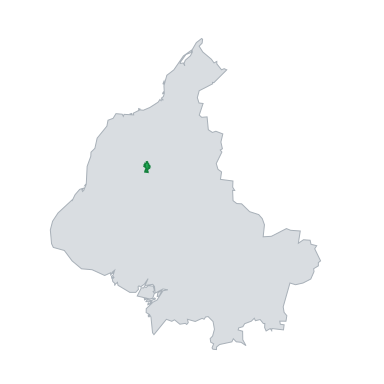 location of Cristalina, Goiás, Brazil, rotated 187°
{"feature_id": "56859067B10276858229585", "entity_name": "Cristalina", "entity_type": "district", "adm_level": 2, "iso_a3": "BRA", "parent_name": "Brazil", "parent_adm1": "Goiás", "projection": "robinson", "projection_center": [-47.497, -16.702], "detail": "fine", "context": "in_parent", "style": "filled", "palette": "green", "viewbox_px": 384, "rotation_deg": 187, "n_neighbors": 0, "source": "geoboundaries", "source_scale": "gbopen_adm2", "svg_char_len": 5830}
<svg xmlns="http://www.w3.org/2000/svg" viewBox="0 0 384 384"><g transform="rotate(187 192 192)"><path d="M105.1,70.1L108.8,73.7L113.4,72.0L114.8,74.3L117.4,71.0L123.7,67.7L125.1,64.5L129.1,62.8L129.4,60.7L124.8,60.0L123.6,51.5L119.7,46.1L125.0,48.8L129.8,48.7L133.1,51.4L134.2,48.1L146.0,44.0L148.7,41.2L148.5,38.6L152.1,38.5L153.1,39.7L152.0,44.0L155.1,45.2L156.1,48.7L154.0,51.5L153.0,58.5L155.3,66.0L160.8,70.3L163.3,69.6L164.5,67.2L166.6,67.8L173.0,63.9L181.0,65.1L179.8,61.9L181.1,59.9L182.7,60.8L187.9,59.3L193.8,63.0L196.3,61.2L201.9,62.5L212.4,45.8L214.0,47.5L217.5,62.9L219.3,65.3L222.8,66.7L223.2,70.6L217.2,78.0L213.6,80.4L208.7,90.5L204.0,92.0L209.0,92.2L216.3,87.1L217.7,93.6L219.7,95.6L227.3,93.4L225.0,100.7L228.0,94.8L231.5,91.5L233.2,92.4L234.0,91.4L233.3,88.8L235.6,85.5L241.5,84.8L254.1,90.4L255.0,93.3L256.7,91.3L259.7,93.5L260.5,95.9L259.0,97.6L259.6,98.4L261.2,96.8L261.6,98.4L260.1,100.0L259.2,105.0L261.2,102.9L262.6,99.2L262.9,101.9L268.5,98.5L281.7,102.7L292.3,102.3L302.6,109.0L311.6,118.4L322.9,120.1L325.1,123.6L328.0,137.1L326.8,146.0L322.4,154.9L310.0,169.6L310.0,168.4L307.7,175.1L303.8,180.9L302.0,181.8L300.7,179.2L299.6,180.5L297.9,186.8L299.2,204.7L296.8,215.1L297.1,219.2L293.7,223.5L292.7,233.9L284.5,247.0L284.1,253.0L279.3,255.5L277.0,260.5L270.8,260.7L269.4,258.7L268.9,260.8L259.3,261.4L259.8,263.1L253.7,267.2L250.3,267.2L244.2,270.7L236.6,277.0L235.1,279.9L233.8,278.8L233.3,280.2L231.6,279.6L233.8,281.4L232.0,283.3L231.5,286.7L232.8,294.0L231.2,304.8L224.9,311.0L217.1,326.0L209.8,332.7L209.6,330.5L214.8,327.7L219.3,319.5L219.4,318.1L216.4,319.0L214.5,316.3L215.5,318.9L214.7,322.0L210.2,327.0L208.7,330.9L209.2,333.1L205.9,340.8L201.2,345.5L200.1,344.9L200.1,341.0L202.7,337.6L198.4,332.3L188.9,326.1L185.9,322.8L183.3,324.6L183.0,322.2L177.6,316.9L175.1,318.3L172.4,317.5L183.6,303.2L185.0,303.3L184.7,301.9L197.2,293.4L198.2,286.3L195.9,281.2L191.8,281.2L194.2,269.2L191.5,267.3L186.2,268.4L183.4,255.8L179.0,253.6L175.7,255.2L168.5,253.4L169.4,245.1L167.1,238.6L169.1,237.1L167.2,235.3L171.4,223.2L169.0,217.7L165.1,215.5L165.3,208.0L152.7,207.9L152.2,201.7L149.8,198.7L151.9,198.6L150.2,188.4L146.2,186.0L141.3,186.3L132.4,179.5L123.0,177.7L119.0,174.1L116.1,168.3L115.9,156.2L107.8,157.7L93.8,167.2L89.5,166.0L79.8,166.5L80.2,154.1L75.5,158.2L68.9,158.5L67.5,154.6L61.7,153.9L63.3,150.6L56.0,139.3L58.0,137.3L57.6,134.1L61.9,130.7L61.2,127.8L63.5,120.1L70.7,115.2L77.9,112.6L83.7,113.6L87.5,89.1L85.9,83.7L82.8,80.8L83.0,75.2L89.2,74.5L88.2,71.5L84.4,71.4L84.4,66.3L96.1,66.2L96.0,64.1L97.7,66.0L101.5,63.1L103.4,66.3L103.7,70.4L105.1,70.1ZM220.8,80.7L233.7,82.1L230.6,90.7L228.3,90.9L227.8,92.3L225.9,91.6L223.9,93.8L219.0,93.8L217.2,89.5L218.5,88.4L217.0,86.9L218.0,81.9L220.8,80.7ZM209.8,91.0L211.7,84.9L213.8,84.0L213.6,87.8L209.8,91.0ZM224.3,77.6L223.1,79.9L220.1,79.4L220.6,77.9L224.3,77.6ZM219.9,75.1L219.4,79.8L218.1,79.3L219.9,75.1ZM226.4,80.6L224.5,80.9L223.7,80.5L225.9,79.1L226.4,80.6ZM217.9,80.8L216.0,82.3L215.3,81.5L216.6,80.1L217.9,80.8ZM221.4,76.6L220.5,75.7L222.1,74.7L222.2,75.6L221.4,76.6ZM220.4,64.5L219.3,64.7L219.1,63.0L220.1,62.9L220.4,64.5ZM233.3,298.5L232.9,297.0L233.7,295.6L234.0,296.0L233.3,298.5ZM254.8,266.6L255.1,268.3L253.8,268.0L254.8,266.6ZM232.6,287.7L232.0,286.8L232.9,285.9L233.2,286.3L232.6,287.7ZM260.9,101.9L260.1,103.7L260.9,101.1L260.9,101.9ZM301.3,182.1L300.0,182.6L300.9,181.2L301.3,182.1ZM262.8,262.0L261.5,262.6L261.2,262.3L262.0,261.5L262.8,262.0ZM299.2,185.3L298.7,186.3L298.4,185.7L299.2,185.3ZM257.4,89.7L257.5,90.7L257.1,90.5L257.4,89.7Z" fill="#d9dde1" stroke="#a8b0b8" stroke-width="1"/><path d="M241.2,206.2L238.6,206.2L238.7,206.3L238.4,206.5L238.3,206.8L238.3,207.0L238.8,207.1L238.8,207.3L238.8,207.5L238.8,207.8L238.9,208.0L238.8,208.3L238.9,208.7L238.9,208.8L238.7,209.0L238.5,209.3L238.4,209.5L238.4,209.9L238.4,210.0L238.1,210.2L237.9,209.9L237.8,210.0L237.8,210.3L237.8,210.5L237.7,210.5L237.8,210.6L237.7,210.6L237.7,210.8L237.5,211.0L237.4,211.0L237.3,211.3L237.2,211.5L237.3,211.8L237.3,212.0L237.2,212.0L237.3,212.1L237.2,212.1L237.1,212.3L237.3,212.4L237.2,212.4L237.2,212.6L237.2,212.8L237.2,213.0L237.3,213.1L237.6,213.1L237.8,213.0L238.0,213.0L238.3,213.1L238.5,213.0L238.6,212.9L238.6,213.2L238.6,213.3L238.5,213.7L238.4,213.8L238.4,214.0L238.5,214.2L238.5,214.3L238.8,214.3L238.8,214.5L238.9,214.8L239.1,214.9L239.2,215.0L239.3,215.1L239.4,215.3L239.5,215.3L239.7,215.6L239.7,215.8L239.8,215.9L239.8,216.0L239.8,216.3L240.0,216.4L240.1,216.5L240.2,216.4L240.3,216.4L240.2,216.3L240.2,216.2L240.3,216.2L240.4,215.9L240.5,215.7L240.4,215.7L240.5,215.7L240.7,215.4L240.8,215.4L240.7,215.4L240.8,215.4L240.9,215.2L240.9,215.3L240.9,215.2L241.0,215.1L240.9,215.1L241.0,215.0L241.0,214.9L241.3,214.7L241.3,214.8L241.4,214.7L241.5,214.5L241.5,214.4L241.8,214.3L241.7,214.3L241.8,214.3L241.8,214.2L241.9,214.3L241.9,214.2L242.0,214.2L242.1,213.9L242.1,214.0L242.2,213.9L242.3,213.9L242.4,213.7L242.5,213.5L242.4,213.5L242.3,213.4L242.2,213.4L242.3,213.3L242.2,213.3L242.2,213.2L242.1,212.9L241.9,212.8L242.0,212.8L242.0,212.7L241.9,212.7L242.0,212.5L241.9,212.5L241.9,212.4L242.0,212.3L241.9,212.3L241.9,212.2L241.8,211.9L241.7,211.9L241.8,211.8L241.7,211.8L241.7,211.7L241.8,211.6L241.7,211.6L241.8,211.5L241.8,211.4L241.7,211.4L241.6,211.2L241.5,210.9L241.5,211.0L241.4,211.0L241.4,210.9L241.3,210.7L241.2,210.7L241.0,210.4L240.9,210.4L240.8,210.5L240.7,210.3L240.5,210.2L240.4,210.1L240.3,209.9L240.2,209.9L240.2,209.6L240.2,209.4L240.3,209.4L240.4,209.2L240.4,208.9L240.5,208.8L240.5,208.7L240.8,208.4L240.9,208.2L240.9,207.9L241.0,207.8L241.0,207.7L241.1,207.4L241.1,207.2L240.9,207.0L241.0,207.0L241.0,206.9L240.9,206.9L241.0,206.8L241.0,206.7L241.1,206.4L241.1,206.5L241.2,206.4L241.2,206.2L241.2,206.2ZM242.2,213.9L242.3,213.9L242.2,213.9Z" fill="#22c55e" stroke="#15803d" stroke-width="1.5"/></g></svg>